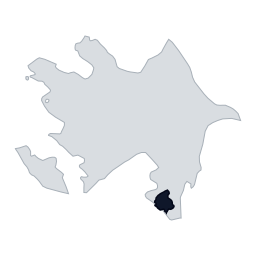 Lerik District, Lerik, Azerbaijan shown in context
{"feature_id": "54616110B59366301344355", "entity_name": "Lerik District", "entity_type": "district", "adm_level": 2, "iso_a3": "AZE", "parent_name": "Azerbaijan", "parent_adm1": "Lerik", "projection": "orthographic", "projection_center": [48.458, 38.753], "detail": "fine", "context": "in_parent", "style": "filled", "palette": "ink", "viewbox_px": 256, "rotation_deg": 0, "n_neighbors": 0, "source": "geoboundaries", "source_scale": "gbopen_adm2", "svg_char_len": 4422}
<svg xmlns="http://www.w3.org/2000/svg" viewBox="0 0 256 256"><path d="M181.1,218.1L180.0,218.0L171.6,220.0L169.8,219.4L162.6,210.2L161.1,209.2L158.0,208.8L156.2,207.3L154.7,204.8L153.9,203.0L146.5,197.9L145.4,196.1L145.2,194.5L146.3,193.1L147.6,191.9L151.2,190.6L155.4,189.6L156.8,188.8L157.5,187.5L157.5,185.4L156.8,183.3L150.7,179.5L150.1,177.8L149.9,175.8L150.2,173.7L151.2,172.1L156.1,169.9L158.7,167.5L157.1,165.0L151.8,159.1L145.6,152.5L141.4,152.5L136.6,154.3L128.8,159.8L124.5,162.1L118.9,166.0L112.7,170.2L107.7,174.8L104.5,178.6L98.9,180.1L96.0,183.3L86.5,192.7L83.9,192.5L83.9,187.8L84.1,184.0L83.5,181.8L80.6,178.8L80.6,177.5L81.4,176.7L83.7,177.2L86.7,177.1L88.1,176.0L85.0,172.0L82.3,169.3L79.9,167.5L79.4,166.4L79.4,165.6L79.9,164.8L84.1,162.7L84.5,160.7L84.3,158.5L77.9,155.1L73.0,156.2L68.8,152.4L66.1,149.5L62.7,146.3L59.7,144.6L56.8,140.7L51.8,136.6L48.5,135.4L48.6,134.8L49.2,134.1L50.6,133.5L59.8,133.9L60.9,133.3L61.5,131.6L62.8,129.1L64.4,125.5L64.4,122.4L55.4,117.1L48.9,112.3L44.5,106.1L41.6,100.5L41.7,98.6L42.7,96.9L49.9,92.0L50.5,90.7L50.3,89.8L47.9,87.1L44.8,84.3L43.9,82.3L42.0,81.2L38.2,81.0L31.7,77.5L30.3,77.1L30.0,76.4L30.4,75.8L35.1,74.6L35.1,73.5L33.7,72.0L31.1,70.8L28.8,68.1L28.0,65.7L36.8,59.1L39.3,57.8L44.8,59.3L56.2,64.2L55.4,66.7L56.5,68.2L59.1,70.2L64.1,72.4L68.4,73.5L70.6,72.7L73.9,72.0L78.2,74.4L82.1,77.4L84.1,78.6L85.1,79.0L88.2,78.1L91.9,74.4L93.4,70.0L93.8,67.8L91.8,64.8L87.5,61.5L82.7,58.5L79.7,55.9L77.8,50.9L75.8,50.3L75.3,49.7L75.0,48.0L75.2,45.6L75.9,43.8L77.9,43.1L79.9,42.9L81.7,41.2L84.0,37.8L85.0,36.0L89.2,37.1L89.7,40.2L90.4,40.8L92.2,40.5L95.1,39.3L97.4,40.3L100.3,44.0L104.4,47.9L106.6,50.5L107.4,52.3L109.5,54.0L112.6,56.1L115.0,59.3L117.1,66.7L119.3,68.5L127.3,71.3L130.1,71.9L137.9,73.0L140.7,72.3L144.8,66.0L148.4,59.5L151.8,58.1L158.0,55.0L161.6,52.0L163.2,48.8L166.6,42.7L168.7,39.3L172.3,42.3L178.6,50.5L187.6,63.9L189.8,67.6L191.3,72.0L192.6,77.3L194.7,82.0L203.9,93.8L207.9,98.2L214.5,103.8L216.8,105.0L219.8,105.3L225.3,105.2L230.5,107.4L233.1,108.9L235.7,111.1L238.1,113.6L240.6,120.5L231.7,118.4L222.7,118.9L217.7,120.5L212.8,122.6L208.1,125.6L205.2,131.2L202.8,144.2L199.3,156.4L199.5,162.0L201.1,167.4L201.0,170.0L199.3,171.1L197.2,173.4L194.5,184.6L193.1,186.8L191.3,188.2L190.8,186.9L190.9,183.9L186.9,181.4L184.8,184.3L183.4,190.4L180.5,196.9L180.3,198.1L181.1,218.1ZM48.5,101.8L49.0,100.1L47.9,99.3L46.7,99.2L45.7,100.1L45.6,102.2L47.0,102.7L48.5,101.8ZM17.2,151.4L15.9,149.6L15.4,148.6L19.4,147.9L26.1,145.7L27.9,147.0L29.7,149.5L30.6,151.6L30.6,155.5L31.4,156.2L34.7,155.0L36.1,156.6L38.5,158.5L42.8,160.5L49.1,157.8L52.2,157.2L54.7,157.3L56.1,158.3L56.5,161.3L55.9,165.0L55.1,167.0L56.4,168.5L61.4,172.3L63.5,174.3L62.3,177.7L65.9,186.3L67.1,189.6L68.5,193.7L60.7,191.9L46.7,188.1L42.8,186.2L39.3,181.4L37.2,179.0L34.1,176.0L31.5,174.8L29.5,172.7L28.5,169.7L26.9,166.9L24.1,163.6L18.0,152.6L17.2,151.4ZM28.3,79.6L27.5,80.1L26.2,79.5L25.8,78.1L26.0,76.7L27.3,76.5L28.4,76.9L28.6,78.2L28.3,79.6Z" fill="#d9dde1" stroke="#a8b0b8" stroke-width="1"/><path d="M167.4,190.1L167.1,190.3L166.8,190.4L166.3,190.6L165.9,190.8L165.3,191.0L164.6,191.4L164.2,191.7L163.6,192.1L163.2,192.3L162.0,192.8L161.5,193.2L160.7,193.5L160.4,193.7L159.8,194.1L159.5,194.5L158.9,194.9L158.4,195.1L157.8,195.8L157.4,196.2L157.1,196.7L156.8,197.1L156.3,197.5L156.1,198.1L156.0,198.7L156.0,199.6L155.7,200.0L155.4,200.4L154.9,200.9L154.7,201.7L154.7,202.2L154.7,202.3L155.1,202.6L155.5,202.9L156.0,203.4L156.1,203.8L156.2,204.4L155.9,204.7L155.2,205.0L155.0,205.6L155.4,205.9L156.2,206.2L156.7,206.6L157.1,207.0L157.3,207.3L157.7,208.0L158.3,208.5L158.6,208.8L159.2,209.2L159.6,209.5L160.0,209.9L160.3,210.0L161.0,209.9L161.7,209.6L162.5,209.4L163.3,209.2L163.9,209.2L164.3,209.7L164.5,210.1L164.6,211.0L165.0,211.5L165.9,212.0L166.2,212.5L166.4,212.9L166.5,212.6L166.7,212.0L167.1,211.6L167.3,211.3L167.5,210.7L167.8,210.3L168.0,210.0L168.3,209.6L168.6,209.2L168.9,209.0L169.6,209.2L170.3,209.3L171.0,209.2L171.5,209.0L171.9,208.8L172.3,208.5L172.7,208.3L172.5,208.0L172.5,207.9L173.2,207.6L173.9,206.9L174.0,206.1L173.6,205.3L173.2,205.2L172.6,204.8L172.3,203.8L172.3,203.2L172.2,202.2L171.8,201.0L171.1,200.1L170.1,199.3L169.0,198.6L168.1,197.9L167.8,197.0L167.9,195.8L168.0,195.1L168.4,194.4L168.7,194.1L169.2,193.7L169.1,193.2L169.1,192.6L168.9,191.9L168.7,191.5L168.2,191.0L167.8,190.5L167.4,190.1Z" fill="#0f172a" stroke="#020617" stroke-width="1.5"/></svg>